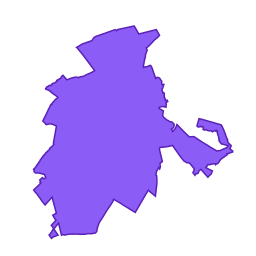 Calarasi, Botosani, Romania (Robinson projection), rotated 83°
{"feature_id": "2599482B93043559346462", "entity_name": "Calarasi", "entity_type": "district", "adm_level": 2, "iso_a3": "ROU", "parent_name": "Romania", "parent_adm1": "Botosani", "projection": "robinson", "projection_center": [27.271, 47.62], "detail": "fine", "context": "isolated", "style": "filled", "palette": "violet", "viewbox_px": 256, "rotation_deg": 83, "n_neighbors": 0, "source": "geoboundaries", "source_scale": "gbopen_adm2", "svg_char_len": 5774}
<svg xmlns="http://www.w3.org/2000/svg" viewBox="0 0 256 256"><g transform="rotate(83 128 128)"><path d="M228.2,217.4L227.6,216.5L226.7,214.7L226.5,212.9L226.0,211.6L225.8,210.5L219.2,213.9L213.9,208.5L226.3,207.1L225.9,205.9L225.9,205.6L226.0,205.1L226.4,204.5L226.5,204.2L226.5,202.9L226.3,201.0L226.2,199.4L227.1,190.9L227.5,189.6L227.7,188.5L228.2,183.4L228.0,181.0L228.1,179.6L228.5,177.3L228.2,173.1L227.1,171.8L226.8,171.6L225.0,171.1L222.8,170.3L218.6,168.2L212.7,163.3L207.9,159.6L203.4,155.6L199.4,152.2L197.9,151.3L197.0,150.9L202.4,143.8L203.3,142.9L212.7,131.1L195.7,118.2L192.2,115.4L194.2,113.7L199.0,109.1L188.3,106.5L184.7,105.8L180.5,105.5L178.9,105.3L177.9,106.2L176.7,105.6L175.8,105.4L174.5,104.9L171.0,102.4L172.6,101.6L171.2,100.9L170.5,100.6L167.5,100.6L167.0,100.4L166.6,100.1L165.9,98.4L165.2,98.0L153.9,99.3L152.9,99.3L152.1,99.2L151.4,98.9L151.1,98.6L151.3,96.6L151.3,90.8L150.8,85.9L159.9,81.1L164.2,78.7L167.7,76.4L168.8,74.9L169.8,73.6L170.0,72.2L170.2,71.4L170.4,71.1L176.5,67.3L177.0,67.1L180.3,69.0L183.1,67.3L182.3,66.8L181.8,66.1L181.6,65.1L181.7,64.5L181.1,63.6L179.9,63.2L179.3,62.8L178.8,62.1L177.9,60.7L186.6,54.7L185.7,53.7L184.4,51.9L183.6,50.9L180.9,49.4L178.3,53.5L176.7,55.5L174.0,52.9L174.4,51.7L174.4,51.4L173.9,48.3L174.2,45.6L175.0,45.5L174.6,45.0L174.4,43.7L173.3,42.2L171.1,40.4L169.5,38.4L169.0,37.1L166.7,32.9L166.0,33.1L165.8,33.1L165.6,32.9L165.5,32.3L165.7,31.3L164.9,29.6L165.0,29.2L164.6,27.1L163.7,26.8L163.1,27.5L160.9,29.5L159.9,28.7L158.2,27.7L157.6,28.0L156.3,29.2L154.6,30.5L152.9,30.7L151.5,30.6L150.1,31.2L146.8,32.0L145.5,32.2L143.9,32.7L142.3,33.0L139.5,33.9L137.2,34.6L136.4,35.0L136.0,35.6L128.1,54.3L127.4,56.4L134.4,59.3L134.5,59.1L135.4,58.5L135.7,57.4L135.3,56.6L135.0,56.1L135.2,55.9L135.7,55.5L135.8,55.2L135.9,54.6L135.6,53.7L135.9,53.5L137.3,53.1L138.5,53.7L139.4,52.3L139.4,52.1L139.3,50.9L139.4,50.2L140.4,49.0L140.9,46.6L140.9,46.0L141.0,45.8L141.8,45.0L142.1,44.5L141.1,43.0L141.1,42.8L141.1,42.3L141.6,41.9L141.8,41.6L141.8,41.1L141.7,40.9L141.6,40.7L141.1,40.6L141.5,39.9L142.3,39.9L143.0,40.1L143.5,39.9L145.7,39.7L146.6,39.3L147.7,39.2L149.2,39.2L150.3,38.9L151.0,38.9L151.1,39.2L151.4,39.0L152.1,39.0L152.3,39.0L152.5,38.6L153.7,38.3L155.1,37.2L155.5,36.7L155.5,35.9L156.3,34.4L156.6,33.1L157.1,32.4L157.8,30.7L158.2,31.0L159.7,32.7L159.8,33.4L160.1,34.4L160.5,36.0L161.0,37.1L161.6,39.4L161.6,42.5L160.7,43.8L157.2,48.4L154.8,51.2L151.7,55.3L144.8,63.3L144.5,64.0L144.5,64.3L144.3,68.1L143.1,69.2L139.3,72.3L130.5,79.0L133.9,80.8L137.0,84.0L134.4,85.0L134.4,84.7L133.9,83.8L132.6,82.4L131.3,82.0L130.5,82.1L129.9,81.7L127.4,83.6L126.9,85.6L125.4,87.3L125.1,87.9L124.4,88.9L122.9,90.1L122.0,91.1L121.2,91.6L120.0,92.1L115.2,90.8L114.4,92.1L112.9,94.0L112.4,94.8L111.2,94.3L111.1,93.0L110.9,92.1L111.0,90.2L111.5,89.3L111.2,89.0L112.0,87.8L108.8,87.0L107.6,87.4L107.0,86.5L106.8,85.6L106.6,85.3L105.6,85.6L105.6,85.9L105.1,85.9L105.2,87.6L103.1,87.6L103.0,88.0L102.6,88.0L102.2,88.3L98.0,87.8L97.6,88.0L97.4,88.2L97.6,89.0L95.2,89.4L94.3,89.7L93.7,89.5L92.7,88.7L91.4,88.2L90.9,87.9L90.1,87.7L89.3,87.0L89.0,87.1L89.1,88.5L89.1,89.0L88.7,89.0L88.2,89.2L85.6,88.8L84.8,89.4L83.7,89.9L82.3,90.6L81.5,91.9L81.3,92.8L81.4,93.3L82.2,94.5L72.2,96.6L69.4,97.4L68.5,98.3L68.9,99.9L69.4,101.1L69.5,101.6L69.4,103.5L69.8,105.1L68.8,105.3L62.5,103.3L61.1,102.7L59.9,102.2L57.2,101.6L55.6,100.8L54.3,100.3L53.2,99.4L50.8,100.1L49.6,98.1L47.7,95.5L43.7,90.8L42.1,88.1L39.9,85.4L33.8,87.9L36.0,105.8L27.5,109.4L29.0,126.3L30.1,127.3L28.8,128.7L33.1,148.5L34.0,150.7L36.9,153.3L39.0,163.1L41.8,169.2L42.5,168.4L43.8,167.8L49.2,164.3L67.0,154.1L67.7,155.7L68.5,157.5L70.0,162.7L71.2,165.6L71.3,167.6L71.5,169.3L71.7,170.5L72.1,171.0L71.5,172.1L71.2,173.1L71.1,174.1L71.2,175.5L71.7,178.7L72.7,182.8L67.8,186.1L68.2,187.0L69.1,187.8L69.5,188.0L69.7,188.3L70.2,188.6L70.6,189.0L70.8,189.9L71.2,190.3L71.2,190.8L71.8,191.4L71.9,191.8L71.7,192.4L72.3,193.0L73.1,193.2L73.6,193.8L73.6,194.2L74.1,194.7L74.4,195.3L74.3,196.0L74.4,196.5L74.4,196.9L74.8,197.7L74.9,198.0L75.8,198.5L76.0,199.1L76.4,199.2L76.5,199.4L76.3,200.0L76.1,200.2L76.2,201.1L76.8,201.8L77.2,203.2L77.5,203.5L77.6,203.9L77.9,203.8L78.7,204.4L78.8,205.0L79.3,205.0L81.4,201.2L81.8,201.1L82.6,200.4L84.9,198.2L86.7,196.1L88.6,194.2L89.0,193.9L89.3,194.0L90.1,195.2L90.1,195.5L90.9,196.6L91.8,197.8L92.4,198.1L92.9,198.6L93.0,198.8L93.0,199.0L93.3,199.2L93.8,199.9L94.2,200.2L95.2,200.6L94.9,201.0L95.3,201.7L98.8,203.9L99.7,204.6L103.1,206.7L110.5,211.6L110.8,211.7L112.2,210.4L114.3,209.0L114.7,208.4L114.7,208.1L114.4,206.3L114.4,204.7L114.5,203.9L115.2,202.2L116.4,200.4L117.1,199.0L117.4,198.8L133.3,203.7L134.4,203.9L135.1,203.5L135.4,204.0L136.1,204.5L136.3,204.8L136.6,205.0L136.7,205.3L137.0,205.5L137.2,205.8L137.2,206.2L137.4,206.5L138.2,207.1L138.3,207.5L138.6,208.2L139.0,208.2L139.3,208.5L140.2,208.9L140.6,209.8L140.7,210.1L141.1,210.4L141.6,211.1L142.1,211.5L142.2,212.1L142.3,212.3L142.7,212.6L142.9,212.9L143.8,213.6L144.5,214.6L145.0,214.7L145.0,215.1L145.8,216.1L146.5,216.3L146.6,216.7L147.0,217.1L147.3,217.2L148.0,217.8L148.5,218.6L150.6,219.9L150.8,220.5L152.1,221.2L152.4,221.5L152.4,221.8L153.1,222.2L153.2,222.5L153.5,222.6L154.2,223.3L154.4,223.3L154.6,223.7L155.3,224.1L155.8,224.9L156.4,225.3L156.8,225.6L157.1,226.4L157.7,226.8L158.3,226.2L159.1,226.5L159.9,226.5L160.8,225.8L161.5,224.9L161.7,222.3L163.9,216.6L167.3,215.7L168.1,217.2L167.6,218.4L166.8,219.0L168.8,221.9L170.6,221.4L171.1,222.0L172.0,221.3L173.3,222.8L178.0,229.2L180.5,227.8L182.0,226.7L185.9,224.5L190.3,222.2L194.3,219.7L187.4,211.8L203.9,209.5L204.0,210.2L204.9,212.0L205.4,213.3L209.1,211.8L210.7,210.6L215.2,216.0L218.6,214.1L221.8,216.5L223.7,218.2L224.6,219.4L228.2,217.4Z" fill="#8b5cf6" stroke="#5b21b6" stroke-width="1.5"/></g></svg>